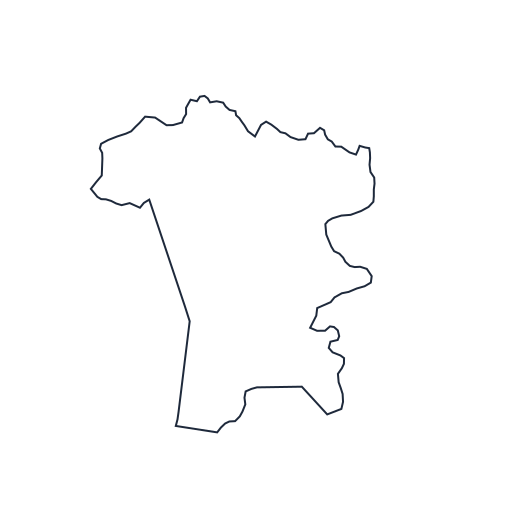 the district of Santa Rosa do Piauí, Piauí, Brazil, rotated 242°
{"feature_id": "56859067B62490299296304", "entity_name": "Santa Rosa do Piauí", "entity_type": "district", "adm_level": 2, "iso_a3": "BRA", "parent_name": "Brazil", "parent_adm1": "Piauí", "projection": "albers", "projection_center": [-42.221, -6.814], "detail": "fine", "context": "isolated", "style": "outline", "palette": "slate", "viewbox_px": 512, "rotation_deg": 242, "n_neighbors": 0, "source": "geoboundaries", "source_scale": "gbopen_adm2", "svg_char_len": 1972}
<svg xmlns="http://www.w3.org/2000/svg" viewBox="0 0 512 512"><g transform="rotate(242 256 256)"><path d="M82.7,244.5L80.9,259.6L86.4,264.4L93.5,267.7L99.4,268.8L105.7,269.7L113.5,273.0L116.6,279.1L119.5,283.0L124.5,285.8L128.5,283.9L135.0,278.4L140.7,277.1L145.4,281.5L143.5,288.7L146.1,291.8L151.9,293.3L156.7,291.5L159.1,288.3L157.6,281.9L161.3,274.8L167.2,270.1L175.0,281.2L181.3,285.6L180.2,300.3L182.6,305.9L182.8,314.3L180.8,320.9L180.0,329.8L178.3,337.7L178.6,344.9L183.9,348.7L192.6,347.8L197.6,342.9L199.9,337.9L203.2,334.2L208.9,332.2L213.6,332.2L218.9,330.7L223.6,327.2L229.0,326.9L241.9,328.1L251.6,332.2L253.2,336.2L253.4,341.1L251.6,350.4L247.9,358.9L246.4,370.0L246.5,378.4L248.8,385.1L253.3,388.0L259.5,391.3L264.2,394.6L269.8,397.2L276.4,396.5L283.3,399.1L288.8,402.7L294.0,405.2L298.1,406.6L300.5,403.4L304.6,399.2L301.8,396.1L298.6,391.9L303.6,387.2L312.5,382.6L315.4,377.5L321.5,376.6L325.3,374.2L330.7,374.0L335.0,375.2L339.1,372.7L337.2,364.8L339.6,359.4L335.9,354.5L338.7,348.0L344.8,342.3L350.5,339.6L353.9,335.7L358.3,334.2L364.8,331.2L369.9,328.0L369.4,322.0L362.0,311.2L369.9,307.5L377.0,307.1L381.0,306.5L385.6,306.0L389.6,304.5L393.5,305.8L397.4,301.2L402.2,299.4L406.8,299.0L411.1,293.9L413.2,287.6L417.8,287.4L421.5,285.7L423.0,281.3L420.4,276.5L424.7,271.6L422.1,267.5L419.7,263.8L414.1,260.9L411.7,256.8L408.6,253.4L410.6,244.1L413.5,238.4L425.6,231.9L431.1,223.5L428.2,215.7L426.7,210.4L424.7,204.3L425.1,198.6L426.7,189.6L427.8,180.0L427.8,171.9L424.3,168.6L419.3,168.6L414.3,166.2L404.1,160.3L399.5,157.6L396.3,149.6L392.8,141.7L382.7,143.7L378.9,146.0L376.5,150.1L372.6,154.0L368.0,157.2L364.0,161.2L362.0,169.3L353.1,176.2L355.5,181.9L355.9,188.2L244.4,169.5L229.5,166.8L154.8,114.5L148.6,110.0L143.6,105.4L118.5,138.9L121.0,144.5L122.6,150.1L122.4,154.8L120.0,160.0L122.0,166.4L125.0,171.0L130.0,176.9L136.3,179.3L141.3,183.3L140.8,189.6L139.6,195.1L119.1,235.1L82.7,244.5Z" fill="none" stroke="#1e293b" stroke-width="2"/></g></svg>